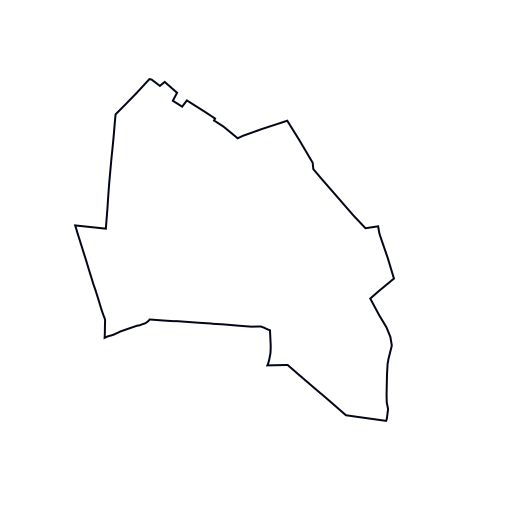 the district of Moravita, Timis, Romania, rotated 204°
{"feature_id": "2599482B52321856029922", "entity_name": "Moravita", "entity_type": "district", "adm_level": 2, "iso_a3": "ROU", "parent_name": "Romania", "parent_adm1": "Timis", "projection": "natural_earth1", "projection_center": [21.281, 45.278], "detail": "fine", "context": "isolated", "style": "outline", "palette": "ink", "viewbox_px": 512, "rotation_deg": 204, "n_neighbors": 0, "source": "geoboundaries", "source_scale": "gbopen_adm2", "svg_char_len": 1871}
<svg xmlns="http://www.w3.org/2000/svg" viewBox="0 0 512 512"><g transform="rotate(204 256 256)"><path d="M433.6,210.4L427.7,203.5L424.2,199.6L422.0,197.1L419.7,194.5L416.3,190.6L411.9,185.7L409.1,182.5L403.5,176.0L398.4,170.2L396.2,167.7L393.2,164.2L389.2,160.0L385.3,155.6L380.8,150.5L376.7,145.7L376.1,145.1L375.3,144.1L370.1,138.6L369.8,138.5L367.9,136.3L367.1,134.4L364.8,128.9L362.6,123.8L361.0,119.7L359.9,121.0L358.8,122.2L357.5,123.3L356.2,124.3L355.0,125.4L353.8,126.5L353.1,127.4L352.1,128.5L350.2,130.6L349.4,131.7L346.4,134.5L341.2,139.4L337.0,143.3L336.1,144.1L334.4,145.1L332.1,147.4L330.0,149.3L329.0,150.7L328.3,151.9L327.2,154.8L318.8,157.8L310.5,160.8L304.4,163.1L302.5,164.0L300.2,164.9L295.4,166.6L279.6,172.3L269.2,176.2L268.1,176.4L259.0,179.9L250.1,183.0L245.1,184.7L237.8,187.3L231.6,189.5L223.1,193.5L222.7,193.6L222.0,193.6L219.2,193.8L218.1,193.7L214.8,193.7L214.1,193.8L213.0,193.8L206.2,180.3L204.4,176.1L203.2,172.8L202.6,170.3L201.9,167.3L201.5,165.0L201.1,162.4L201.1,160.7L182.8,169.3L168.7,165.0L148.6,159.0L140.8,156.7L139.5,156.4L127.3,152.7L109.1,147.1L97.5,150.4L70.1,158.3L70.2,160.3L73.1,169.9L77.0,175.4L80.4,182.6L88.2,201.2L91.8,210.7L93.2,216.2L94.2,222.1L95.5,229.4L100.3,236.7L107.8,243.9L119.5,252.1L134.3,263.6L129.6,273.8L120.8,291.5L134.7,307.6L150.9,325.0L152.7,327.1L156.5,332.8L167.3,325.9L183.4,332.6L229.1,353.9L239.0,358.7L242.1,364.2L263.3,379.3L282.5,392.3L302.9,373.8L316.9,360.4L320.6,356.1L338.4,361.0L349.4,362.7L349.3,364.9L359.9,366.7L382.4,370.0L384.2,362.4L395.1,364.0L394.5,373.0L410.2,377.9L413.0,372.3L423.0,374.7L425.3,374.3L431.5,356.0L434.4,348.2L436.7,341.9L439.4,334.8L441.9,328.3L440.3,323.5L438.4,318.0L435.8,310.6L433.4,303.5L430.4,294.5L428.8,289.6L427.8,286.5L425.0,278.3L420.0,263.6L415.2,250.2L411.2,239.4L404.3,219.9L433.6,210.4Z" fill="none" stroke="#020617" stroke-width="2"/></g></svg>